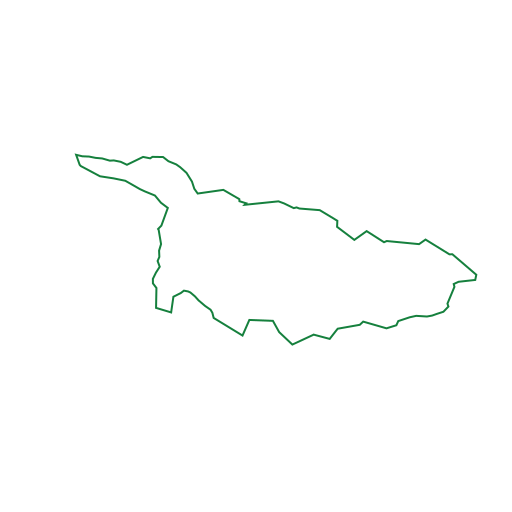 Ibesikpo Asutan, Akwa Ibom, Nigeria (Equal Earth projection), rotated 117°
{"feature_id": "59680162B22561739962750", "entity_name": "Ibesikpo Asutan", "entity_type": "district", "adm_level": 2, "iso_a3": "NGA", "parent_name": "Nigeria", "parent_adm1": "Akwa Ibom", "projection": "equal_earth", "projection_center": [7.957, 4.894], "detail": "fine", "context": "isolated", "style": "outline", "palette": "green", "viewbox_px": 512, "rotation_deg": 117, "n_neighbors": 0, "source": "geoboundaries", "source_scale": "gbopen_adm2", "svg_char_len": 1409}
<svg xmlns="http://www.w3.org/2000/svg" viewBox="0 0 512 512"><g transform="rotate(117 256 256)"><path d="M276.4,355.5L276.9,354.6L288.5,346.0L295.2,344.8L300.7,341.7L305.1,341.4L309.3,336.9L316.2,337.6L323.2,337.5L327.2,335.4L329.7,330.2L347.6,321.5L344.8,306.0L329.8,311.1L323.0,306.1L319.6,304.5L318.4,300.4L318.3,297.9L319.7,292.0L321.6,287.1L323.6,278.7L324.5,272.1L326.4,269.1L330.4,265.6L333.0,231.9L316.0,232.9L306.1,211.5L313.3,200.8L318.4,183.4L300.4,169.3L299.9,169.0L296.4,152.7L286.1,150.7L283.7,150.2L270.2,132.3L265.8,130.7L261.2,106.9L254.0,99.5L249.4,99.7L240.8,91.2L236.6,86.1L232.3,76.2L229.1,72.0L225.3,68.4L220.6,63.7L213.7,61.6L211.5,63.8L193.4,65.2L191.2,67.1L187.0,63.8L177.8,49.8L172.7,51.2L165.3,81.8L166.7,84.4L164.4,112.4L171.4,116.1L183.3,146.3L185.6,148.2L183.6,168.7L197.0,175.7L193.2,197.0L187.7,199.5L186.2,220.0L194.0,238.9L194.3,241.9L196.2,244.1L196.4,254.8L197.1,260.8L215.5,289.3L213.5,288.7L214.7,295.6L212.9,296.7L211.9,315.1L226.8,336.3L224.1,341.5L218.8,346.8L213.5,355.6L211.3,363.9L210.6,368.6L211.3,377.1L210.0,383.7L214.7,393.3L217.0,394.6L219.0,401.6L233.3,412.4L233.5,419.3L235.4,426.1L237.4,429.5L238.9,437.3L241.4,443.5L243.2,449.9L246.0,456.0L247.5,462.2L254.8,454.5L255.4,452.9L255.8,431.2L251.5,418.2L248.3,406.6L249.1,389.9L248.9,384.4L248.0,373.5L251.7,364.9L253.2,356.4L271.9,354.1L276.4,355.5Z" fill="none" stroke="#15803d" stroke-width="2"/></g></svg>